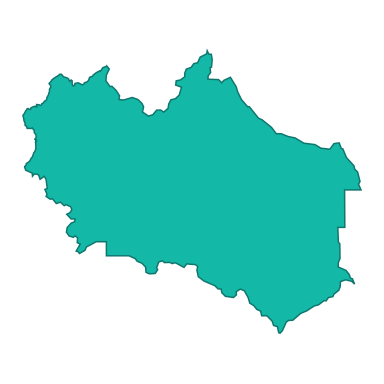 Custer, Idaho, United States of America
{"feature_id": "52423323B74460459813607", "entity_name": "Custer", "entity_type": "district", "adm_level": 2, "iso_a3": "USA", "parent_name": "United States of America", "parent_adm1": "Idaho", "projection": "natural_earth1", "projection_center": [-114.656, 44.224], "detail": "fine", "context": "isolated", "style": "filled", "palette": "teal", "viewbox_px": 384, "rotation_deg": 0, "n_neighbors": 0, "source": "geoboundaries", "source_scale": "gbopen_adm2", "svg_char_len": 4094}
<svg xmlns="http://www.w3.org/2000/svg" viewBox="0 0 384 384"><path d="M106.8,66.0L106.7,66.3L105.4,66.6L104.6,67.1L103.8,67.3L102.6,67.9L101.9,69.0L101.3,70.3L100.2,70.7L100.1,71.4L99.4,71.4L99.3,71.1L98.3,71.5L97.6,72.1L96.4,72.5L95.1,73.6L93.2,75.0L92.6,76.3L91.0,76.8L90.1,77.0L89.2,78.1L89.2,79.0L88.3,80.6L87.9,81.1L87.3,81.8L85.9,82.3L85.1,82.5L84.3,83.0L84.4,83.6L83.3,84.4L82.3,84.8L81.0,84.2L79.8,83.6L78.6,82.9L77.4,82.9L76.7,83.2L75.8,83.2L75.3,83.2L74.8,83.9L75.0,84.6L74.1,85.3L73.8,86.0L72.8,85.7L72.3,84.6L72.1,83.0L72.2,81.9L72.1,80.7L71.1,80.0L70.6,80.8L69.9,81.5L69.0,80.4L68.7,79.0L66.9,77.8L65.1,77.2L64.1,77.1L63.2,76.4L62.1,75.0L61.5,74.3L59.5,74.3L58.7,75.3L56.2,76.8L54.1,78.2L52.0,79.8L50.5,82.1L49.8,82.6L49.1,83.4L49.5,84.3L50.5,85.2L50.9,86.7L49.4,89.5L49.6,90.7L49.1,92.4L48.8,93.6L48.3,95.1L47.6,96.3L46.9,97.5L46.7,99.0L46.3,100.1L45.6,100.7L44.7,101.0L44.0,101.9L43.4,102.9L41.8,103.7L41.4,105.0L40.2,105.4L39.0,104.7L38.0,104.8L37.5,104.6L36.6,104.5L36.6,105.7L36.7,106.9L35.6,106.8L35.0,106.2L33.2,106.8L31.6,107.5L30.9,107.9L30.7,109.2L30.4,109.5L29.7,109.5L29.1,109.1L27.9,108.5L26.9,109.0L26.6,110.0L25.5,111.1L25.1,112.1L24.3,113.7L23.1,115.0L23.0,116.0L23.5,117.6L23.6,118.3L23.8,119.3L24.0,120.6L24.2,121.4L24.8,122.0L24.8,122.8L25.3,124.1L25.0,124.8L25.2,125.6L26.2,126.0L27.0,127.1L26.8,127.9L27.3,128.4L27.8,128.5L29.0,128.3L29.7,128.4L30.9,128.6L31.8,128.1L32.5,128.0L32.9,128.8L33.2,129.5L33.8,129.7L34.2,130.3L34.2,130.9L34.2,132.2L34.5,133.0L35.5,134.1L36.0,135.2L36.1,136.2L36.2,137.7L35.1,138.7L34.9,139.4L35.6,139.7L36.3,139.9L36.5,140.9L35.7,141.1L35.4,142.1L35.7,142.7L35.8,144.9L35.9,148.4L35.0,151.2L33.8,152.8L32.4,156.9L31.0,158.5L29.9,160.8L28.4,162.2L26.8,163.2L26.2,163.8L26.3,164.7L25.5,166.0L24.7,166.3L24.6,167.0L25.7,170.2L32.2,173.1L32.5,176.2L34.5,173.8L38.5,174.7L40.1,179.3L44.2,176.3L46.0,179.2L47.3,188.5L44.9,189.4L47.0,194.1L46.1,196.5L50.2,199.2L52.5,198.8L56.3,203.5L60.5,202.2L64.2,205.7L65.9,204.6L70.6,206.7L71.8,209.7L69.9,212.7L66.7,214.3L71.2,219.0L75.0,219.0L74.7,221.7L71.3,223.0L67.2,227.5L66.4,232.1L69.1,236.0L73.4,237.3L74.9,235.8L77.6,237.8L77.2,242.6L80.2,244.1L76.2,251.1L78.2,251.7L79.5,253.5L85.0,250.3L86.4,247.0L96.2,241.7L106.4,241.7L106.4,255.8L129.0,255.8L135.3,258.7L137.2,261.3L141.9,263.2L145.7,267.2L146.0,272.3L149.3,273.8L155.1,273.5L157.7,269.7L156.6,267.9L158.7,262.0L162.5,260.8L164.3,262.6L169.6,262.4L172.4,263.6L175.3,262.7L184.0,267.4L186.7,263.9L195.4,264.6L197.7,266.4L196.9,270.2L198.3,276.7L204.1,281.1L214.7,285.6L218.1,288.9L221.1,289.0L221.9,292.8L225.4,296.3L233.5,297.5L236.4,294.9L236.3,291.6L240.3,289.1L244.4,290.8L248.2,297.7L249.8,303.2L253.7,305.5L256.8,309.4L260.6,311.1L261.7,315.8L266.8,315.7L272.2,321.2L273.6,325.5L277.4,326.6L278.7,332.7L280.0,333.2L282.4,330.7L286.3,322.0L288.7,320.4L292.7,320.3L300.8,313.3L306.7,310.9L314.1,306.0L318.6,304.8L324.1,300.6L326.1,300.9L328.4,297.6L332.9,296.6L334.0,294.1L338.8,290.3L340.2,286.7L340.5,281.6L345.7,279.8L351.7,281.3L354.6,284.1L352.4,278.8L350.3,278.1L349.4,274.8L346.0,270.4L338.2,267.0L338.3,262.5L340.0,258.7L339.8,243.8L338.4,242.2L337.8,227.4L344.8,227.4L344.6,189.9L361.0,189.9L358.5,184.2L360.0,181.5L357.6,172.0L354.7,169.2L353.9,165.7L346.5,157.7L342.9,149.0L341.1,148.2L339.2,142.9L334.0,143.6L329.8,149.2L320.9,148.2L315.0,144.6L303.9,143.2L295.0,137.9L288.4,136.6L281.1,133.7L276.3,133.7L271.5,127.4L262.1,119.8L258.5,118.2L249.3,106.7L247.6,106.7L241.4,99.5L237.6,91.7L236.2,86.8L230.4,77.3L223.8,80.4L221.8,82.8L218.5,79.6L208.0,79.2L208.1,75.9L210.6,72.5L210.1,67.8L211.5,67.1L212.2,59.6L211.3,54.3L208.8,54.2L207.2,50.8L206.6,53.9L200.2,57.1L197.6,62.8L193.8,63.6L191.2,67.4L186.3,69.1L184.7,73.3L184.9,76.7L180.3,80.0L176.2,80.8L175.7,85.1L181.5,87.2L179.2,95.1L175.4,98.7L170.9,99.8L168.7,104.1L168.1,108.3L163.7,112.1L160.7,110.0L156.5,110.2L153.0,114.6L148.5,116.1L142.5,112.0L143.6,106.8L141.9,103.3L137.9,99.5L132.2,97.5L123.7,100.0L118.9,99.5L119.6,95.8L116.1,90.4L111.9,86.3L110.0,86.5L105.9,80.8L106.4,75.0L109.3,69.0L106.8,66.0Z" fill="#14b8a6" stroke="#0f766e" stroke-width="1.5"/></svg>